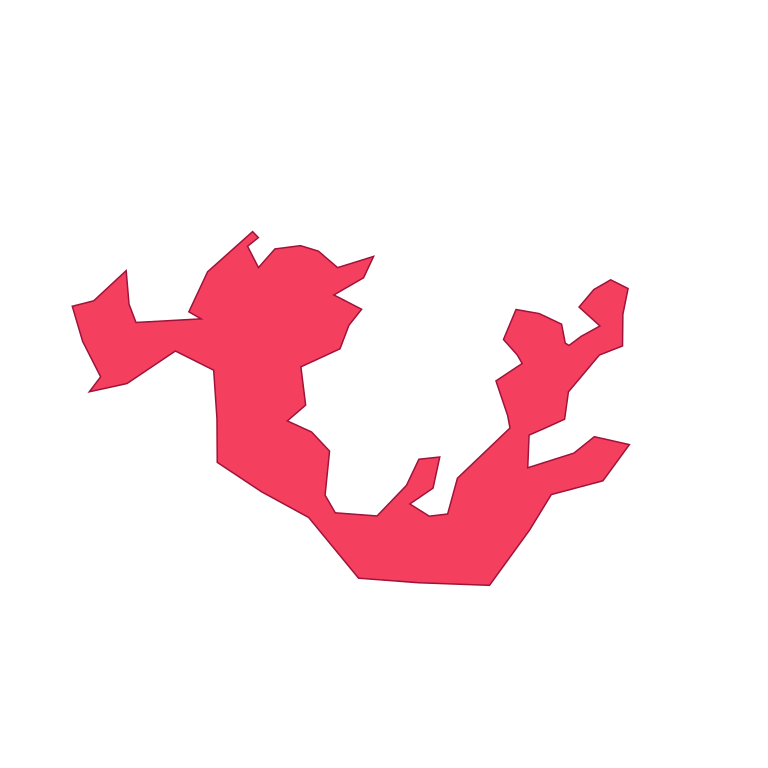 an SVG outline of Sai Kung, rotated 240°
{"feature_id": "HKG-5162", "entity_name": "Sai Kung", "entity_type": "state/province", "adm_level": 1, "iso_a3": "HKG", "parent_name": "Hong Kong S.A.R.", "parent_adm1": "", "projection": "mercator", "projection_center": [114.312, 22.352], "detail": "fine", "context": "isolated", "style": "filled", "palette": "rose", "viewbox_px": 768, "rotation_deg": 240, "n_neighbors": 0, "source": "natural_earth", "source_scale": "10m", "svg_char_len": 1167}
<svg xmlns="http://www.w3.org/2000/svg" viewBox="0 0 768 768"><g transform="rotate(240 384 384)"><path d="M524.6,124.9L531.9,142.2L571.5,144.3L607.2,152.9L601.2,174.2L611.1,217.4L580.6,203.1L561.3,200.0L531.9,258.1L544.1,251.1L569.4,287.4L581.7,346.4L573.6,348.4L571.5,334.7L547.6,333.5L555.5,357.1L545.6,380.8L531.9,393.6L508.0,402.0L499.7,438.8L486.2,419.4L486.2,385.1L459.9,402.0L452.4,383.0L436.5,363.5L440.4,320.6L404.9,305.6L400.4,281.8L378.6,297.3L353.1,303.3L317.2,277.4L296.8,277.4L273.2,312.0L285.0,352.8L301.4,376.6L292.9,395.8L269.3,374.4L267.2,346.4L246.9,357.1L239.6,374.1L265.7,400.5L282.9,471.1L294.8,475.3L330.7,482.5L332.7,513.9L342.7,513.9L362.8,509.7L382.5,535.6L367.4,553.6L347.0,567.7L328.8,561.4L324.9,563.5L326.7,578.6L326.3,600.0L353.1,591.4L360.9,613.0L360.9,632.4L344.6,643.1L324.9,625.7L297.7,609.6L301.4,585.0L285.0,539.8L263.2,522.8L265.3,501.2L267.2,484.1L239.6,466.6L229.2,513.9L233.2,539.8L208.8,566.2L190.7,525.2L204.6,473.6L184.7,437.0L156.9,374.7L194.7,314.4L228.5,264.9L306.1,252.0L351.8,224.1L399.5,200.4L437.3,221.9L481.1,243.4L516.9,219.8L512.9,161.7L524.6,124.9Z" fill="#f43f5e" stroke="#9f1239" stroke-width="1.5"/></g></svg>